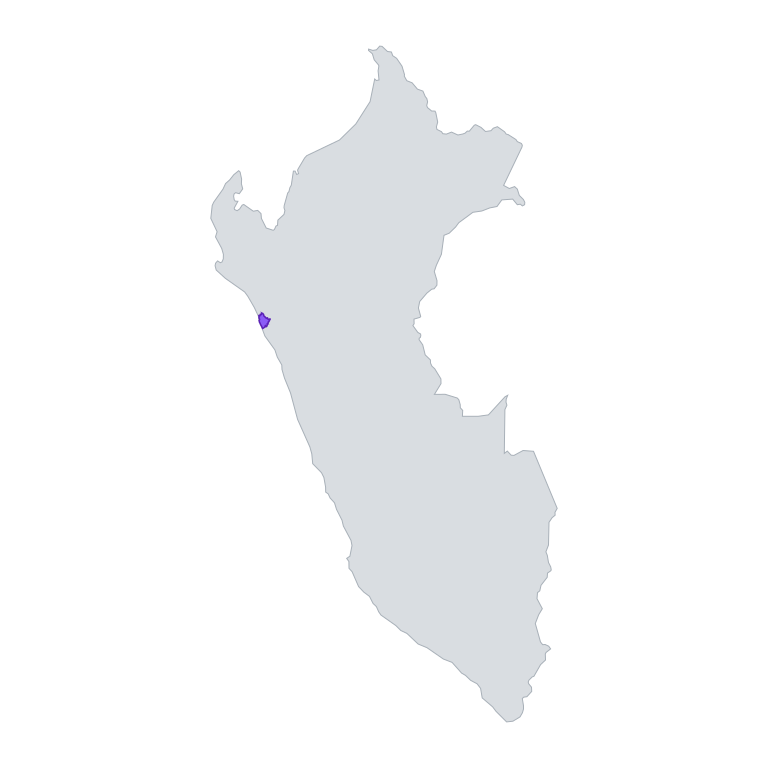 Pacasmayo, La Libertad, Peru shown in context
{"feature_id": "86281439B1064179091614", "entity_name": "Pacasmayo", "entity_type": "district", "adm_level": 2, "iso_a3": "PER", "parent_name": "Peru", "parent_adm1": "La Libertad", "projection": "equal_earth", "projection_center": [-79.413, -7.429], "detail": "fine", "context": "in_parent", "style": "filled", "palette": "violet", "viewbox_px": 768, "rotation_deg": 0, "n_neighbors": 0, "source": "geoboundaries", "source_scale": "gbopen_adm2", "svg_char_len": 6095}
<svg xmlns="http://www.w3.org/2000/svg" viewBox="0 0 768 768"><path d="M524.8,202.3L524.6,204.7L522.4,205.9L520.3,204.2L517.3,204.7L512.7,199.1L501.8,199.9L497.0,206.5L489.8,207.9L481.8,211.0L472.9,212.3L458.8,222.7L455.6,227.0L449.2,233.2L444.0,235.3L441.4,254.3L436.3,265.4L434.3,271.5L437.0,280.7L436.9,285.2L434.1,288.8L431.7,289.2L426.9,293.1L419.7,301.5L418.4,308.0L420.7,316.5L419.9,317.4L414.0,319.1L414.1,323.8L412.9,325.6L417.8,332.4L420.6,334.0L420.8,335.8L420.3,337.5L419.2,338.2L419.1,339.7L422.7,344.8L425.2,354.9L430.4,359.9L430.5,363.1L432.0,366.3L434.7,368.7L440.9,378.9L441.0,383.6L434.4,394.4L445.2,394.3L457.2,398.0L458.8,399.7L460.2,404.6L460.3,407.8L462.7,410.4L462.4,416.3L478.2,416.3L488.4,414.9L505.0,396.8L507.7,395.3L506.2,399.2L506.0,402.1L506.9,405.2L504.9,409.6L504.3,453.4L507.3,451.1L511.2,455.2L514.0,455.4L523.1,450.5L533.5,451.3L557.2,508.4L555.0,512.3L555.1,515.2L552.1,517.7L549.0,522.3L548.5,545.0L545.9,551.8L547.3,555.4L548.5,562.5L550.7,566.9L551.2,569.7L550.9,570.7L547.5,573.1L547.2,577.3L541.0,585.3L539.8,590.8L537.5,592.6L537.0,598.7L542.3,608.7L538.7,614.7L535.3,623.5L540.5,642.0L542.7,644.7L545.1,644.5L548.7,646.2L550.6,648.9L546.1,652.4L545.3,654.0L545.5,660.0L540.6,664.6L533.9,676.3L532.2,676.9L528.8,680.3L528.2,682.1L528.7,683.8L531.5,687.2L531.7,691.4L526.9,696.7L523.6,697.2L522.3,698.6L523.5,705.8L523.5,709.0L522.4,712.8L520.0,716.9L512.9,721.2L506.6,721.9L496.0,711.3L492.7,706.9L482.2,697.9L480.6,688.4L477.1,683.8L470.6,680.3L465.5,675.4L461.6,673.1L452.1,662.4L443.3,659.0L427.0,647.7L418.1,644.0L406.9,633.4L400.8,630.5L395.9,625.6L381.0,615.1L378.7,611.8L376.4,606.6L373.1,603.5L369.5,596.4L363.9,592.2L358.6,586.6L352.1,571.7L349.0,568.3L348.9,561.5L346.7,558.4L349.9,556.2L352.0,545.6L351.0,540.4L343.4,526.1L342.0,520.2L336.5,509.3L334.5,502.8L330.1,498.0L328.2,493.9L325.7,492.1L325.6,487.1L323.9,477.5L321.5,472.7L312.7,463.7L311.8,453.9L309.9,447.0L297.6,419.4L290.5,392.9L284.5,378.1L282.0,369.5L281.8,365.0L277.3,357.1L274.9,349.9L264.9,336.0L259.1,320.5L258.3,316.0L254.3,307.5L247.9,296.4L244.7,292.0L225.3,278.3L216.2,270.0L215.1,265.7L215.6,263.2L217.6,260.9L220.3,262.7L222.0,262.0L223.3,258.9L223.4,254.3L221.7,248.4L215.5,236.9L217.1,231.7L210.8,218.4L212.2,205.5L213.7,202.2L223.0,189.1L225.6,183.5L229.6,180.0L233.8,174.7L238.7,170.7L240.1,172.1L241.6,179.1L241.4,183.8L242.7,188.9L239.3,193.7L235.6,192.7L234.1,193.9L233.6,196.1L234.2,199.7L235.2,201.1L237.9,201.3L234.2,208.1L234.5,209.5L237.1,210.7L239.6,209.0L242.2,205.1L243.8,204.5L253.3,211.2L257.7,210.4L261.0,213.6L261.4,218.4L266.2,228.0L273.2,230.3L274.4,229.5L276.0,226.0L277.5,225.4L277.9,220.1L284.0,214.4L284.9,210.5L284.0,207.8L284.2,205.6L287.7,193.0L288.9,191.7L289.9,187.7L291.3,185.2L293.4,171.1L295.1,171.1L296.7,174.5L298.6,173.6L297.6,170.4L297.9,169.3L304.6,158.0L306.8,155.6L339.5,140.0L355.8,124.0L370.1,101.6L374.7,79.0L376.3,80.5L379.0,80.0L378.1,70.9L378.8,66.5L378.7,65.2L374.2,59.8L372.4,53.8L368.5,50.4L368.6,49.1L372.8,50.4L376.5,49.8L379.7,46.1L382.1,46.4L387.5,51.5L391.4,52.0L392.7,55.7L396.6,58.3L402.0,66.2L404.5,74.6L404.3,76.2L406.8,80.7L412.1,82.8L417.4,89.1L422.9,91.1L425.3,96.7L426.8,98.5L427.6,101.8L426.7,105.6L427.5,107.6L431.6,111.0L435.0,111.1L435.8,112.7L437.7,122.1L436.4,126.8L436.9,129.4L441.5,131.7L442.8,133.7L446.4,134.1L451.5,132.1L457.9,135.0L462.8,134.0L465.0,133.2L467.3,131.1L469.3,131.2L474.3,125.2L475.7,124.7L481.0,127.4L485.5,131.5L491.0,130.7L493.3,128.2L497.4,126.7L504.6,131.8L506.2,134.1L508.2,134.6L516.0,139.6L517.3,141.6L521.4,143.5L522.3,145.2L522.0,147.0L503.6,185.4L509.3,188.5L514.6,186.6L517.3,189.1L519.3,195.4L523.4,199.5L524.8,202.3Z" fill="#d9dde1" stroke="#a8b0b8" stroke-width="1"/><path d="M270.1,319.4L270.1,319.2L270.0,318.9L269.9,318.9L269.8,319.0L269.7,319.0L269.4,319.3L269.2,319.3L268.9,319.5L268.8,319.4L268.7,319.4L268.3,319.2L268.2,319.2L268.0,318.8L267.9,318.7L267.7,318.6L267.6,318.3L267.6,318.2L267.5,317.9L267.4,317.9L267.2,317.9L267.1,318.0L266.9,318.1L266.7,318.2L266.7,318.3L266.5,318.2L266.4,318.2L266.2,318.2L266.0,317.9L265.8,317.6L265.7,317.5L265.3,317.4L265.2,317.3L265.2,317.2L265.1,316.9L264.7,316.5L264.5,316.4L264.3,316.3L264.1,316.2L264.0,315.9L263.9,315.8L263.8,315.7L263.7,315.2L263.7,314.9L263.6,314.7L263.5,314.4L263.4,314.3L263.4,314.2L263.2,314.0L263.1,313.9L262.9,313.7L262.7,313.4L262.4,313.3L262.3,313.5L262.2,313.5L262.1,313.4L261.8,313.2L261.9,313.5L261.7,313.7L261.6,313.8L261.6,313.7L261.5,313.9L261.5,314.0L261.4,314.2L261.4,314.4L261.3,314.5L261.2,314.6L260.9,314.5L260.9,314.4L260.7,314.3L260.6,314.2L260.4,314.2L260.3,314.3L260.3,314.5L260.2,314.7L260.2,314.8L260.1,315.1L260.0,315.4L260.0,315.5L259.9,315.7L259.7,315.6L259.4,315.5L259.2,315.5L258.9,315.5L258.8,315.8L258.9,316.0L259.0,316.3L259.1,316.8L259.0,317.1L259.1,317.4L259.1,317.5L259.0,317.8L259.1,318.0L259.1,318.3L259.4,318.8L259.5,318.9L259.5,319.2L259.6,319.5L259.5,319.8L259.4,320.0L259.2,320.3L259.1,320.5L259.1,320.8L259.2,321.0L259.3,321.3L259.3,321.5L259.4,321.8L259.4,322.1L259.6,322.5L259.9,322.9L260.1,323.2L260.1,323.4L260.2,323.5L260.3,323.7L260.3,323.8L260.4,324.1L260.4,324.3L260.5,324.5L260.7,324.8L260.8,324.9L261.3,325.8L261.5,326.1L261.6,326.3L261.6,326.5L261.8,326.8L262.2,327.5L262.3,327.7L262.4,327.9L262.5,328.1L262.6,328.4L262.7,328.5L264.7,327.2L264.8,327.0L264.8,326.9L265.0,326.6L265.1,326.4L265.1,326.2L265.2,325.9L265.3,325.9L265.4,325.7L265.5,325.8L265.7,326.0L265.8,326.1L265.9,326.3L265.9,326.5L266.0,326.6L266.2,326.4L266.3,326.3L266.5,326.4L266.5,326.5L266.7,326.4L266.8,326.3L266.8,326.0L266.8,325.9L266.9,325.7L267.0,325.6L267.0,325.4L267.2,325.2L267.2,324.9L267.3,324.7L267.2,324.6L267.2,324.4L267.2,324.2L267.2,323.9L267.3,323.9L267.4,324.0L267.5,324.1L267.6,323.9L267.9,323.8L267.9,323.7L268.1,323.7L267.9,323.3L267.9,323.2L268.0,322.9L268.2,322.5L268.3,322.3L268.3,322.2L268.5,322.2L268.7,321.9L268.6,321.7L268.8,321.6L268.9,321.3L269.0,321.3L269.0,321.1L269.1,320.9L269.3,320.8L269.4,320.7L269.5,320.5L269.5,320.4L269.6,320.2L269.6,319.9L269.8,319.6L270.1,319.4L270.1,319.4Z" fill="#8b5cf6" stroke="#5b21b6" stroke-width="1.5"/></svg>